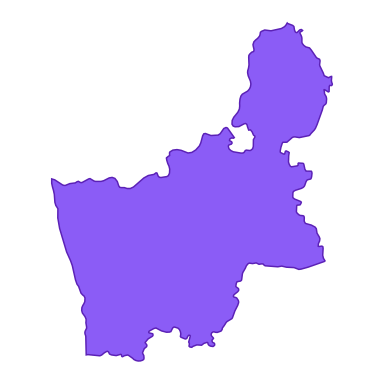 map outline of Grodno (orthographic projection)
{"feature_id": "BLR-2344", "entity_name": "Grodno", "entity_type": "Region", "adm_level": 1, "iso_a3": "BLR", "parent_name": "Belarus", "parent_adm1": "", "projection": "orthographic", "projection_center": [25.492, 53.866], "detail": "fine", "context": "isolated", "style": "filled", "palette": "violet", "viewbox_px": 384, "rotation_deg": 0, "n_neighbors": 0, "source": "natural_earth", "source_scale": "10m", "svg_char_len": 5983}
<svg xmlns="http://www.w3.org/2000/svg" viewBox="0 0 384 384"><path d="M271.0,30.8L281.4,28.5L284.5,26.7L285.8,25.3L287.2,23.0L287.5,23.4L292.7,25.4L293.9,26.5L294.5,30.0L295.2,31.8L295.9,32.4L296.6,32.6L297.2,32.4L299.6,30.0L300.4,29.7L301.3,29.5L302.6,30.4L301.9,31.2L300.3,32.0L299.9,32.8L300.0,33.3L301.1,35.4L301.7,37.0L301.9,38.3L301.9,42.4L302.4,43.6L303.8,45.4L305.8,46.9L309.5,47.9L311.4,50.2L316.2,57.3L317.2,58.2L319.5,59.2L320.0,60.4L320.0,61.5L319.6,64.6L319.8,65.8L323.3,73.1L324.2,75.7L328.4,77.7L331.2,76.4L331.6,76.4L331.7,76.9L331.4,80.6L331.7,82.2L332.3,83.9L332.3,84.5L331.8,85.4L331.3,85.6L329.8,85.4L329.5,85.8L329.2,86.6L329.1,91.5L328.6,91.9L328.0,91.8L324.7,89.7L324.1,89.7L324.0,90.0L324.4,91.6L324.5,93.5L324.8,94.3L326.1,96.5L326.4,97.6L326.6,99.0L326.3,102.8L325.8,103.9L323.8,105.6L323.2,106.5L322.3,110.0L317.1,124.5L315.5,128.2L314.4,129.9L311.0,133.5L309.8,135.1L309.0,135.6L299.3,137.6L295.1,136.9L293.9,136.9L292.4,137.4L286.9,142.2L282.9,142.3L282.3,143.1L280.9,147.4L280.2,151.1L280.3,152.2L280.8,152.7L283.8,154.1L284.6,154.0L285.4,151.3L286.1,150.9L288.4,151.9L289.2,152.6L288.7,155.7L288.5,162.0L289.1,164.0L290.1,165.9L290.8,166.5L291.5,166.8L297.1,165.9L297.9,165.4L298.1,164.9L298.1,163.4L298.5,163.0L302.9,163.3L303.5,163.6L303.9,164.6L304.9,169.3L306.1,171.1L311.3,171.2L311.8,172.0L312.0,173.4L311.6,176.8L311.2,178.2L310.7,179.0L307.5,179.8L306.8,180.4L306.0,181.8L304.7,185.5L304.2,186.4L303.2,187.4L301.4,188.4L295.4,190.3L293.7,191.3L293.1,192.1L292.9,192.9L292.8,196.7L292.9,197.6L294.5,199.0L300.7,201.5L301.3,202.2L300.9,203.6L300.0,204.9L297.1,205.2L296.7,205.8L296.4,211.9L297.2,213.2L299.1,214.9L300.1,215.4L303.1,215.7L304.0,216.3L304.3,217.8L304.2,220.4L304.3,221.4L305.2,223.1L305.7,223.5L311.4,225.1L315.1,227.1L316.3,228.7L317.0,233.1L319.3,237.0L319.9,238.7L319.6,241.0L318.4,243.7L318.2,246.2L318.9,246.5L321.9,246.1L322.9,246.8L323.1,248.6L322.7,255.3L323.5,258.4L325.0,260.9L324.3,261.5L308.0,267.2L301.1,269.1L298.8,269.4L294.1,267.6L286.5,267.2L281.7,266.1L277.8,266.8L265.2,265.8L264.3,265.3L262.9,263.9L261.3,263.9L259.0,264.3L256.2,262.9L252.6,263.6L249.2,263.1L247.9,263.9L246.3,265.9L245.4,268.1L242.8,272.6L242.4,273.9L241.7,279.4L241.4,280.4L240.4,281.1L237.1,281.7L236.3,283.3L235.8,286.3L236.3,287.0L238.4,288.5L238.7,289.5L238.6,290.6L237.5,291.9L234.0,294.7L233.5,295.7L233.4,296.3L234.0,297.1L235.8,297.5L236.7,298.0L238.3,300.4L238.6,301.5L238.6,302.7L237.7,305.4L234.9,310.9L232.4,317.9L231.8,318.7L227.1,321.5L226.2,322.4L224.2,325.6L222.4,328.0L222.1,329.6L221.0,331.1L217.3,332.4L215.4,332.3L213.9,331.8L213.2,331.9L211.9,332.7L211.4,333.5L211.2,334.2L211.3,335.4L211.8,336.2L213.4,338.0L213.5,338.4L213.2,338.8L212.0,340.2L212.2,341.7L212.8,342.5L214.3,343.2L214.7,344.1L214.6,345.2L213.9,345.9L213.0,346.5L210.8,346.2L209.4,345.6L208.3,344.6L207.7,342.6L207.0,342.4L203.9,343.4L201.6,345.2L196.8,344.9L193.1,346.3L191.8,347.3L189.9,347.0L189.0,346.1L189.4,343.8L188.7,342.0L190.2,336.4L190.3,335.9L190.1,335.6L189.8,335.3L188.7,335.3L187.7,336.4L186.8,338.4L185.7,339.0L184.7,338.8L180.9,337.2L180.4,336.5L180.8,333.9L180.4,331.7L179.4,329.5L177.9,328.1L174.7,327.1L174.0,327.1L173.3,327.4L172.5,328.3L170.9,331.6L169.4,332.1L166.4,332.2L161.5,330.9L156.0,328.0L153.9,328.5L149.4,331.0L148.8,331.7L148.7,332.2L148.8,332.6L149.2,332.9L152.6,333.7L152.9,334.1L153.0,335.2L152.8,335.8L152.2,336.4L148.2,338.8L145.2,342.4L145.2,342.8L146.7,344.7L146.9,345.8L146.5,346.8L144.3,348.6L142.6,352.5L142.7,353.4L143.8,355.6L144.0,357.9L143.9,359.0L143.5,359.6L142.4,360.3L140.4,360.9L138.2,361.0L135.9,360.5L133.9,359.5L132.7,358.3L128.6,355.4L127.5,355.0L124.4,355.7L122.6,356.7L122.1,356.6L121.7,356.2L121.3,354.6L120.7,354.3L116.2,355.6L111.4,354.9L109.5,354.0L108.4,351.8L107.4,351.3L106.6,351.5L104.5,352.7L101.7,355.0L99.9,355.8L87.9,354.6L86.2,354.9L85.8,336.7L85.6,335.5L85.0,333.9L84.9,332.3L85.2,331.1L86.6,328.2L86.6,327.0L85.9,322.8L86.1,320.0L86.0,318.9L85.0,316.6L82.4,313.0L81.7,310.5L81.9,307.6L82.8,305.5L83.9,303.7L84.8,301.6L85.0,298.0L84.1,296.1L82.6,294.9L81.0,293.1L78.6,286.4L77.0,284.2L75.5,279.9L72.3,265.6L70.6,260.8L66.6,251.9L59.6,228.4L57.8,217.9L57.9,208.7L55.8,205.4L54.9,202.3L54.3,194.3L53.5,190.5L52.5,187.0L51.7,183.3L51.7,178.9L54.7,179.8L62.5,184.9L64.0,185.4L65.4,185.4L69.8,183.6L75.3,182.9L76.9,181.8L78.3,181.3L80.4,182.5L81.9,182.6L88.7,178.9L90.0,178.6L94.0,181.0L95.4,181.4L101.1,181.4L103.7,180.7L109.2,177.9L112.1,177.4L114.9,178.4L117.3,181.5L118.7,185.8L119.7,187.3L121.4,187.6L124.3,187.6L127.1,188.5L130.3,188.5L133.5,187.0L143.8,178.0L148.3,175.5L153.9,174.4L156.1,172.8L157.0,173.1L158.1,176.0L159.4,177.3L161.0,177.5L166.8,176.6L168.3,175.7L169.5,173.2L169.7,169.1L169.0,166.2L167.8,163.6L166.8,160.4L166.4,158.1L166.6,157.6L167.1,157.5L167.9,156.6L169.6,155.5L169.5,152.8L169.9,151.9L172.9,150.1L177.0,149.6L181.1,150.3L188.0,153.0L191.9,152.4L195.8,149.9L199.4,145.9L200.8,142.8L202.7,135.7L203.8,133.8L205.4,133.5L210.9,135.5L218.1,135.1L220.2,133.7L223.8,128.5L226.0,127.5L227.1,127.8L227.7,128.3L234.3,137.6L233.5,138.2L231.5,138.0L229.7,139.1L229.5,140.6L231.6,141.7L232.1,143.0L231.4,144.1L228.9,145.0L228.3,146.0L228.9,148.7L230.9,150.6L233.3,151.8L241.1,153.1L243.0,153.0L244.0,152.5L245.3,150.5L246.3,150.1L249.6,150.5L250.6,150.4L252.6,148.8L253.3,146.5L253.4,139.6L254.7,137.5L254.9,136.8L254.7,135.9L253.8,135.4L253.4,134.9L252.1,131.9L250.5,129.9L248.7,130.1L247.5,126.8L247.2,125.4L246.7,124.2L245.5,123.5L244.2,123.8L238.9,126.6L235.1,126.8L233.2,126.1L232.0,124.2L232.2,120.4L233.8,117.2L237.8,112.3L239.4,109.0L239.7,106.1L239.6,103.0L240.0,99.1L240.9,96.1L242.3,94.2L247.6,91.1L249.2,89.3L250.4,87.0L250.9,84.0L250.4,81.1L248.2,75.8L247.6,72.8L247.7,70.9L248.5,68.1L249.0,64.9L248.7,57.3L248.9,55.3L249.9,53.9L251.7,52.2L253.6,51.5L254.0,50.2L253.9,49.0L253.2,46.0L253.0,44.6L253.9,41.8L255.6,40.0L257.6,38.4L259.4,36.3L260.0,34.8L260.4,32.3L261.4,31.4L264.7,30.0L271.0,30.8Z" fill="#8b5cf6" stroke="#5b21b6" stroke-width="1.5"/></svg>